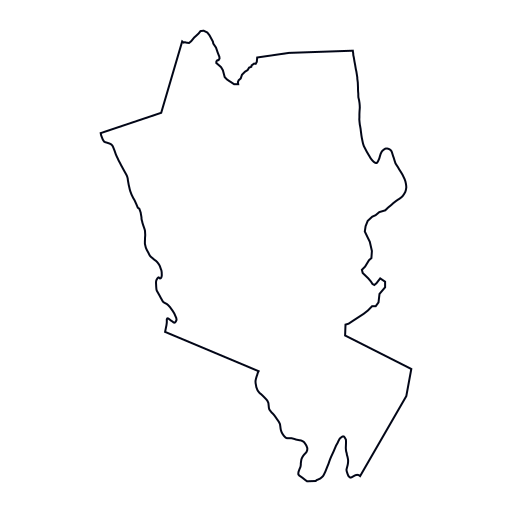 La Retraite, Laborie, Saint Lucia (Equal Earth projection)
{"feature_id": "8701671B80994766223390", "entity_name": "La Retraite", "entity_type": "district", "adm_level": 2, "iso_a3": "LCA", "parent_name": "Saint Lucia", "parent_adm1": "Laborie", "projection": "equal_earth", "projection_center": [-60.966, 13.759], "detail": "fine", "context": "isolated", "style": "outline", "palette": "ink", "viewbox_px": 512, "rotation_deg": 0, "n_neighbors": 0, "source": "geoboundaries", "source_scale": "gbopen_adm2", "svg_char_len": 6059}
<svg xmlns="http://www.w3.org/2000/svg" viewBox="0 0 512 512"><path d="M100.7,133.1L101.1,135.2L101.7,136.8L102.8,139.6L103.5,140.7L104.1,141.6L105.2,142.2L106.4,142.5L107.6,142.9L109.1,143.4L110.1,143.8L111.2,144.4L112.1,145.3L112.5,145.8L113.1,147.0L114.6,150.8L115.8,154.3L116.9,156.8L117.7,158.4L118.4,160.0L119.0,161.2L119.9,162.8L120.6,164.2L121.2,165.4L122.1,167.0L122.9,168.5L124.1,170.7L125.0,172.3L125.9,173.9L126.8,175.6L127.3,177.0L127.7,178.5L127.9,180.3L128.7,184.8L129.3,187.4L129.7,189.2L130.3,191.3L130.8,192.6L131.5,194.5L133.2,198.0L134.3,199.8L135.0,201.2L135.7,202.8L136.3,204.1L137.1,206.0L137.8,207.7L139.3,208.7L140.1,210.9L140.7,212.7L140.9,214.1L141.3,216.3L141.5,217.7L141.5,218.7L141.8,220.3L142.2,221.6L142.4,222.7L143.0,224.6L143.5,226.1L144.1,227.8L144.7,229.6L145.0,230.9L145.1,233.0L145.2,234.5L145.2,235.6L145.0,238.0L145.0,239.4L144.9,241.3L144.9,243.8L145.8,247.6L146.3,248.8L146.9,250.1L148.4,252.8L149.3,254.7L150.1,256.0L151.2,257.1L152.6,258.2L153.8,259.3L154.7,260.0L156.0,260.9L157.2,262.1L157.9,263.0L159.0,264.5L159.8,266.0L160.1,266.8L160.6,268.3L161.0,269.4L161.4,270.4L161.7,272.3L161.7,272.8L161.8,275.2L161.7,276.0L161.5,276.9L161.1,277.8L160.7,278.2L160.4,278.4L159.8,278.4L159.3,277.9L158.7,277.4L158.0,277.7L157.3,278.5L156.7,279.6L156.4,280.1L156.1,281.3L156.0,282.8L156.1,284.6L156.2,286.7L156.4,289.1L156.6,290.1L156.9,290.9L157.6,292.1L158.4,293.5L158.9,294.4L159.7,295.8L160.0,296.4L160.9,298.1L161.5,299.1L162.3,300.6L162.8,301.4L163.4,302.1L164.5,302.8L166.8,304.0L167.5,304.6L168.0,305.0L168.5,305.5L169.6,306.7L170.0,307.1L170.9,308.4L172.7,310.9L173.7,312.5L174.3,313.5L175.3,315.8L175.7,316.8L176.1,317.5L176.3,318.3L176.5,319.4L176.5,320.0L175.8,321.5L175.1,322.4L174.3,322.7L173.5,322.4L172.3,321.4L171.0,320.6L169.9,319.7L168.7,318.8L167.8,318.3L167.2,318.5L166.8,319.4L166.8,322.5L166.6,324.1L166.4,325.5L165.9,327.9L165.1,331.9L258.6,371.2L258.0,372.4L257.7,373.1L257.1,375.2L256.7,376.2L256.0,378.6L255.6,380.4L255.5,381.4L255.6,383.2L255.8,384.2L256.1,385.8L256.3,387.1L256.7,388.1L257.1,389.2L257.6,390.4L258.3,391.4L259.5,392.9L260.5,393.8L260.9,394.0L262.5,395.5L264.3,397.3L266.1,399.2L266.8,400.0L267.4,400.8L267.6,401.3L268.1,402.3L268.4,403.1L268.5,404.0L268.9,407.9L269.3,409.4L269.9,410.3L270.6,411.2L271.6,412.5L272.8,413.6L274.2,415.2L275.0,416.3L276.0,417.7L277.0,419.2L277.8,420.3L278.7,421.6L279.3,422.7L280.0,424.2L280.1,425.0L280.4,427.0L280.5,428.0L280.8,429.8L281.3,431.4L281.9,432.8L282.6,434.0L283.7,435.6L284.4,436.4L285.6,437.6L286.6,438.1L287.6,438.2L289.9,438.2L291.4,438.2L292.6,438.5L293.4,438.7L294.8,439.1L295.8,439.5L296.7,439.7L299.8,440.3L300.8,440.4L302.0,440.9L303.0,441.4L304.1,442.2L305.3,443.9L305.9,444.8L306.4,445.7L306.9,447.0L307.3,448.1L307.3,448.9L307.2,450.2L306.7,451.5L306.3,452.3L304.9,453.8L304.2,454.5L303.2,455.8L302.4,457.1L301.8,458.3L301.4,459.4L301.1,461.1L300.8,463.5L300.8,464.8L300.6,466.2L300.3,467.3L299.9,468.2L299.5,469.1L299.0,470.5L298.5,471.9L298.3,473.5L298.4,474.5L299.3,475.6L300.8,476.6L302.5,477.8L304.0,479.0L305.8,480.4L307.1,481.3L315.7,481.0L316.6,480.1L317.7,479.7L318.8,479.2L320.3,478.5L322.2,476.9L323.0,476.1L323.5,475.3L323.9,474.6L325.4,471.5L326.3,469.2L327.5,466.2L328.5,463.8L329.3,461.4L330.1,459.2L331.1,456.8L332.3,454.2L333.6,451.4L334.7,448.8L336.1,445.5L337.6,442.9L338.3,441.3L339.2,439.6L339.7,438.7L340.4,438.0L341.2,437.4L341.7,437.0L342.5,436.5L343.4,436.4L344.0,436.6L344.7,437.5L345.9,439.6L346.0,441.2L346.0,443.2L345.8,448.0L346.0,450.4L346.2,451.6L346.7,453.3L346.9,454.8L347.5,456.8L347.8,458.3L348.0,459.3L348.1,460.3L348.1,461.7L347.9,463.7L347.6,465.2L347.4,466.0L346.5,469.4L346.5,469.9L346.6,470.8L346.8,471.6L347.2,472.8L347.4,473.5L348.0,475.0L348.3,475.8L349.1,476.7L349.9,477.4L350.6,477.6L351.0,477.5L351.8,477.2L353.2,476.4L354.8,475.5L355.8,475.1L356.9,474.9L357.8,474.9L358.9,475.2L359.7,475.8L360.1,476.1L406.3,396.1L411.3,369.0L345.1,335.5L345.5,324.6L348.6,323.7L352.8,320.9L363.7,313.8L367.9,310.5L372.1,306.2L375.7,306.2L378.5,302.4L379.5,293.9L385.1,287.3L385.1,281.7L380.2,278.4L376.4,283.3L374.3,285.0L372.5,284.0L370.9,281.5L368.2,278.3L362.7,273.0L361.9,269.8L365.1,266.6L369.0,260.2L371.4,258.1L371.9,251.0L369.8,241.8L367.4,236.9L364.8,231.5L365.6,226.2L367.7,220.9L372.2,216.7L375.6,215.2L379.3,212.1L385.4,210.3L385.7,209.7L386.3,209.4L387.5,208.1L389.0,206.8L390.3,205.8L391.7,204.6L393.2,203.2L395.9,201.1L397.9,199.7L399.4,198.8L401.5,197.2L402.8,195.9L404.1,194.0L405.3,191.9L405.9,189.9L406.3,187.4L406.2,185.8L405.9,183.7L405.4,181.4L404.6,179.1L402.5,174.7L401.0,172.2L399.2,169.4L397.9,167.1L396.5,165.0L395.5,163.4L394.6,160.7L393.7,157.7L393.1,156.1L391.9,152.2L391.3,150.9L390.4,149.9L389.3,149.2L388.3,148.8L387.1,148.5L385.4,148.6L384.1,149.4L383.6,149.8L382.5,150.7L381.7,151.7L380.7,153.7L380.0,155.9L379.3,158.4L378.6,160.0L378.0,161.3L377.3,162.4L376.7,163.0L375.9,163.0L375.0,162.7L373.7,161.8L372.5,160.6L371.4,159.3L370.4,157.9L369.5,156.3L368.7,155.0L366.7,151.6L363.8,146.0L363.0,143.5L362.6,141.7L361.8,137.8L361.4,135.3L361.1,133.0L360.8,130.7L360.6,128.9L360.2,126.6L359.8,124.5L359.5,121.7L359.3,119.4L359.4,117.5L359.4,116.2L359.4,114.3L359.5,111.8L359.7,109.0L359.8,107.6L359.7,105.2L359.5,103.0L359.1,100.4L358.4,97.4L358.3,95.8L358.3,93.8L358.1,91.6L358.0,89.5L358.0,87.5L357.9,85.2L357.8,82.6L357.6,81.0L357.3,78.7L357.3,77.5L356.4,71.7L355.8,69.0L355.5,67.2L355.1,64.8L354.4,61.1L354.1,59.2L353.8,57.4L353.3,55.2L353.2,53.4L352.9,51.5L352.8,50.7L288.9,52.9L257.2,57.5L256.8,61.8L255.7,63.8L254.1,63.6L251.6,65.4L251.3,66.8L249.1,67.6L247.6,70.1L245.0,71.7L242.0,74.7L240.7,78.5L238.7,80.2L237.9,82.0L238.2,84.2L234.1,84.2L230.8,82.0L229.2,81.0L226.9,79.4L224.7,77.1L222.9,70.3L221.1,67.2L219.8,66.0L216.3,63.0L216.4,61.4L217.4,60.2L218.5,60.2L219.5,58.6L219.4,56.9L217.6,52.3L216.0,47.6L213.3,43.6L212.9,41.6L209.5,35.3L207.3,32.5L203.6,30.7L200.5,31.1L198.6,33.5L195.8,36.1L194.2,37.5L191.2,41.2L189.0,43.0L186.1,42.6L184.9,42.2L183.7,42.6L182.2,41.4L161.2,112.8L100.7,133.1Z" fill="none" stroke="#020617" stroke-width="2"/></svg>